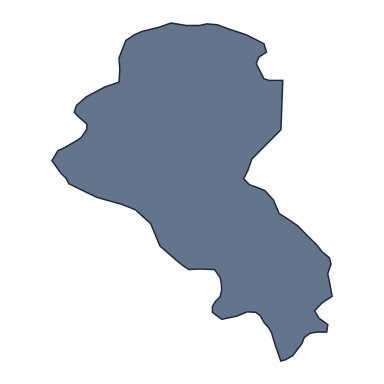 outline of Ulju-gun, Ulsan, South Korea
{"feature_id": "91817680B44823551048989", "entity_name": "Ulju-gun", "entity_type": "district", "adm_level": 2, "iso_a3": "KOR", "parent_name": "South Korea", "parent_adm1": "Ulsan", "projection": "robinson", "projection_center": [129.199, 35.518], "detail": "fine", "context": "isolated", "style": "filled", "palette": "slate", "viewbox_px": 384, "rotation_deg": 0, "n_neighbors": 0, "source": "geoboundaries", "source_scale": "gbopen_adm2", "svg_char_len": 1314}
<svg xmlns="http://www.w3.org/2000/svg" viewBox="0 0 384 384"><path d="M104.5,87.1L86.3,96.8L80.9,101.6L76.5,105.3L74.3,112.2L77.6,116.0L86.8,124.0L86.8,129.3L81.4,137.3L77.0,140.5L62.8,148.5L57.9,150.6L51.9,160.7L61.1,173.5L66.1,178.3L67.4,180.9L68.8,183.7L88.4,193.3L97.2,197.5L122.3,204.5L135.4,209.8L150.7,223.7L160.0,246.1L175.3,259.4L182.4,265.3L188.9,269.6L198.2,269.0L214.6,269.6L220.1,277.6L221.2,282.9L221.7,289.9L220.1,296.8L215.7,301.1L212.4,306.4L212.4,312.3L214.5,313.9L221.7,319.3L229.4,317.7L237.0,316.1L247.4,311.8L255.6,312.3L260.0,315.5L264.4,323.0L268.7,327.8L271.5,332.6L274.8,343.9L280.8,361.0L285.2,359.9L292.8,355.6L302.1,343.3L304.3,337.4L310.3,333.2L316.8,332.1L326.7,332.1L327.8,324.6L319.0,318.2L314.6,310.7L322.3,302.7L332.1,296.3L329.9,284.0L327.7,273.9L331.0,264.2L329.4,257.8L322.3,252.0L316.8,245.0L307.5,235.9L297.7,225.8L288.4,219.4L279.1,213.5L273.6,200.3L273.6,200.2L264.9,190.6L258.3,187.9L249.6,184.7L248.8,184.0L243.6,178.9L246.1,174.0L247.9,170.3L251.8,159.1L280.9,129.8L282.8,80.4L269.1,80.4L264.0,78.8L256.3,63.8L258.9,57.1L266.5,52.1L264.0,43.8L246.1,34.7L230.7,29.7L217.1,24.7L206.8,23.9L199.2,25.5L186.4,25.5L171.0,23.0L159.1,27.2L142.0,31.4L134.4,34.7L125.8,40.5L119.0,58.0L119.8,69.6L119.0,82.1L104.5,87.1Z" fill="#64748b" stroke="#1e293b" stroke-width="1.5"/></svg>